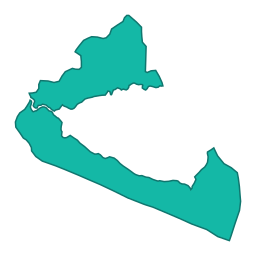 Commonwealth, Grand Cape Mount, Liberia
{"feature_id": "62588387B80584494728088", "entity_name": "Commonwealth", "entity_type": "district", "adm_level": 2, "iso_a3": "LBR", "parent_name": "Liberia", "parent_adm1": "Grand Cape Mount", "projection": "mercator", "projection_center": [-11.29, 6.738], "detail": "fine", "context": "isolated", "style": "filled", "palette": "teal", "viewbox_px": 256, "rotation_deg": 0, "n_neighbors": 0, "source": "geoboundaries", "source_scale": "gbopen_adm2", "svg_char_len": 3551}
<svg xmlns="http://www.w3.org/2000/svg" viewBox="0 0 256 256"><path d="M207.5,152.0L207.4,153.5L208.1,156.6L208.0,158.5L207.5,162.4L206.2,164.9L204.7,167.1L201.4,169.7L199.2,172.3L196.2,175.3L194.7,176.9L195.9,179.2L195.7,180.0L194.1,183.5L193.8,183.9L192.2,186.4L192.0,188.2L190.8,189.6L190.3,188.2L188.0,185.6L184.6,184.1L181.9,183.9L179.9,183.0L178.2,181.2L176.9,180.7L173.0,180.4L168.7,181.3L164.2,181.6L159.6,180.7L158.0,181.1L156.0,180.5L152.8,179.4L148.9,177.5L145.8,177.1L141.9,175.6L139.2,175.8L135.7,174.6L133.8,173.5L131.4,171.7L128.4,169.5L126.3,168.1L123.3,166.1L120.0,163.5L117.4,160.6L114.2,158.1L109.6,156.8L107.7,157.7L105.2,158.5L102.8,157.5L101.4,155.9L100.3,154.8L98.3,153.6L96.6,154.0L94.7,154.1L90.3,151.8L88.2,149.9L84.8,146.8L79.9,143.1L77.4,140.2L73.8,137.9L70.2,135.4L66.8,137.5L64.8,137.9L62.9,137.4L61.6,135.9L61.7,134.0L62.0,131.8L61.2,130.5L61.0,129.0L61.2,126.4L61.7,124.3L62.0,122.5L60.5,120.6L58.4,118.2L57.5,117.9L57.2,117.8L54.6,115.6L53.5,114.8L52.9,113.6L52.1,112.0L51.6,111.7L51.2,111.5L49.0,110.8L48.9,110.8L48.2,110.0L47.5,109.3L46.0,107.7L44.3,107.0L42.6,106.9L41.6,107.3L40.1,108.0L36.1,110.9L35.6,110.9L35.4,110.9L33.4,111.7L33.0,111.6L32.7,111.5L32.7,111.4L31.5,109.8L31.2,109.2L30.7,108.2L30.4,106.6L31.2,104.2L31.6,102.5L31.4,101.1L30.1,100.2L29.4,102.1L26.7,106.5L24.7,109.4L24.3,109.7L19.8,112.9L17.4,116.6L15.4,122.0L15.8,127.1L16.4,128.0L19.9,132.9L23.3,138.0L24.3,138.7L26.2,139.8L29.2,143.3L31.4,147.6L31.6,150.9L35.8,156.5L42.3,161.1L55.6,165.8L65.3,169.7L78.3,175.1L89.8,180.1L100.3,184.6L113.0,190.6L128.0,198.0L143.3,204.0L145.8,204.9L152.8,207.1L178.7,218.1L192.0,224.1L200.7,227.3L206.7,229.5L217.8,236.6L229.0,240.5L229.4,240.6L231.2,235.4L234.9,223.9L239.5,210.4L240.6,201.3L240.1,195.7L239.4,186.6L238.6,180.3L238.4,178.7L237.3,172.7L231.4,167.8L230.4,167.2L224.0,163.7L217.6,155.9L215.1,150.7L213.8,147.9L210.8,150.0L207.5,152.0ZM162.9,85.9L162.0,82.6L159.2,76.4L155.7,70.4L151.1,70.8L147.2,72.5L145.4,71.6L145.4,70.6L145.7,60.8L146.1,46.4L142.4,42.2L142.3,41.2L141.8,36.6L141.5,31.5L141.5,27.2L140.4,26.1L136.5,22.1L128.8,15.4L127.9,15.4L126.8,15.4L124.5,17.7L123.0,21.5L117.5,25.0L113.4,27.8L111.6,29.0L109.8,34.1L106.2,37.8L103.1,38.5L97.0,37.0L96.2,37.0L91.6,36.7L88.0,38.2L83.6,40.4L79.5,45.4L76.2,49.8L75.1,51.8L80.8,55.6L81.4,61.5L81.4,67.3L79.3,69.3L77.8,69.3L75.5,69.2L72.4,68.4L65.3,71.7L62.7,75.2L62.2,75.8L59.1,81.3L54.0,82.5L48.1,81.0L40.4,80.6L38.8,84.4L38.8,88.5L36.2,92.2L32.4,93.0L29.2,93.2L29.4,93.9L31.0,97.2L30.9,97.5L32.0,98.1L33.6,99.3L34.3,100.0L34.6,101.1L34.6,101.8L33.9,103.5L33.2,105.5L33.7,106.6L35.4,108.0L37.1,108.0L38.2,105.4L41.0,105.2L42.5,104.2L45.7,104.9L46.2,105.1L48.5,107.2L49.9,107.7L51.5,109.4L54.3,111.1L55.5,110.0L59.3,109.0L61.2,106.3L62.5,104.8L63.2,105.5L64.3,106.2L66.4,106.9L68.7,108.2L70.7,109.1L72.2,109.1L73.9,108.4L75.4,106.8L77.2,104.3L79.4,103.0L81.7,102.1L84.0,99.9L84.3,99.7L85.0,99.0L87.8,98.1L92.2,97.2L94.0,96.5L97.1,96.0L99.4,95.6L101.6,95.3L102.5,95.2L105.2,95.1L105.9,94.2L107.2,92.4L107.9,91.1L108.9,91.2L110.0,91.9L110.3,93.1L110.5,94.2L111.1,94.8L111.6,94.5L112.6,91.9L113.4,90.0L115.1,89.5L117.6,87.8L119.1,88.4L120.6,89.1L121.3,90.0L122.3,89.5L123.3,89.1L125.0,89.6L126.2,89.9L127.6,89.1L128.7,87.4L129.1,85.4L130.3,84.9L130.9,84.3L133.2,83.1L134.6,83.1L136.6,84.2L138.7,84.7L140.5,84.4L142.2,84.6L142.8,85.2L142.4,86.6L142.3,88.0L143.1,88.6L144.2,89.4L145.7,90.0L147.1,88.7L148.4,86.5L150.0,86.0L152.4,86.5L155.9,87.6L158.2,87.2L159.8,85.8L161.1,86.1L162.9,85.9Z" fill="#14b8a6" stroke="#0f766e" stroke-width="1.5"/></svg>